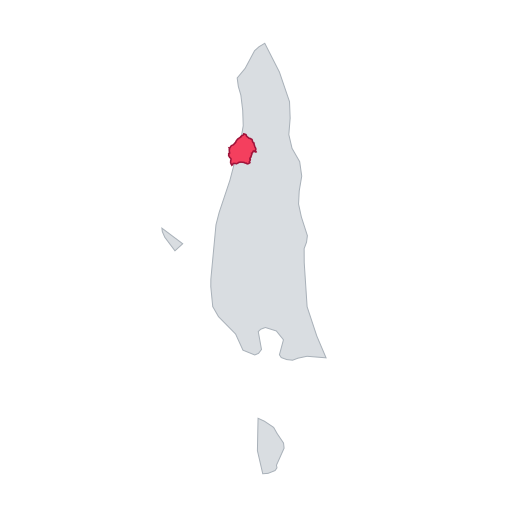 Baucau, Baucau, East Timor shown in context, rotated 288°
{"feature_id": "22284137B73846644477643", "entity_name": "Baucau", "entity_type": "district", "adm_level": 2, "iso_a3": "TLS", "parent_name": "East Timor", "parent_adm1": "Baucau", "projection": "robinson", "projection_center": [126.421, -8.508], "detail": "fine", "context": "in_parent", "style": "filled", "palette": "rose", "viewbox_px": 512, "rotation_deg": 288, "n_neighbors": 0, "source": "geoboundaries", "source_scale": "gbopen_adm2", "svg_char_len": 5120}
<svg xmlns="http://www.w3.org/2000/svg" viewBox="0 0 512 512"><g transform="rotate(288 256 256)"><path d="M180.8,354.1L176.4,335.5L171.8,327.5L168.2,323.0L167.0,317.3L167.2,311.4L169.3,308.8L184.8,308.0L191.0,298.5L190.9,287.0L187.8,283.1L184.8,281.5L168.8,290.1L164.2,288.5L161.5,285.4L162.4,272.7L175.5,260.7L186.7,239.1L194.5,230.5L212.8,222.5L220.1,220.2L273.3,208.3L286.0,207.5L319.7,207.8L364.7,205.2L375.9,203.6L390.3,198.4L404.3,191.9L411.8,186.8L419.5,183.1L431.1,187.7L450.8,191.2L456.1,194.3L461.0,198.6L438.2,221.4L413.1,240.2L397.6,245.9L381.6,249.7L369.5,257.0L359.2,268.4L346.1,274.8L331.2,277.0L318.6,280.4L307.1,287.1L291.2,298.6L284.7,299.8L277.9,299.5L264.6,303.9L223.5,320.3L198.6,338.6L180.8,354.1ZM51.0,329.7L71.3,317.5L102.3,308.1L101.5,315.0L98.4,325.8L93.7,330.9L86.6,340.0L81.9,342.1L63.4,340.1L61.0,341.4L57.8,340.4L53.0,334.6L51.0,329.7ZM253.4,157.9L245.0,182.5L235.9,177.3L245.6,163.5L250.2,159.4L253.4,157.9Z" fill="#d9dde1" stroke="#a8b0b8" stroke-width="1"/><path d="M368.4,206.7L368.2,206.8L368.1,206.7L367.7,206.8L367.5,206.7L367.3,206.6L366.8,206.2L366.7,206.1L366.6,205.8L366.3,205.7L366.0,205.3L365.7,205.1L365.2,204.8L364.9,204.5L364.7,204.6L364.6,204.8L364.4,204.6L364.5,204.6L364.1,204.5L364.0,204.4L363.8,204.3L363.6,204.1L363.4,203.8L363.2,203.7L362.9,203.4L362.7,203.3L362.1,202.9L361.9,202.8L361.8,202.7L361.7,202.6L361.6,202.4L361.4,202.4L361.0,202.2L360.4,202.0L360.2,201.9L359.9,201.8L358.8,201.5L358.6,201.5L358.0,201.5L357.7,201.4L357.4,201.2L357.2,201.2L357.2,201.3L356.8,201.1L356.7,200.9L356.4,200.9L356.1,200.7L355.8,200.5L355.7,200.4L355.4,200.4L355.2,200.4L354.3,199.6L353.9,199.1L353.6,198.8L353.4,198.6L353.2,198.4L352.3,198.1L352.2,198.1L351.8,198.0L351.6,198.0L351.5,197.9L351.3,197.9L351.0,197.6L350.8,197.6L350.6,197.4L350.4,197.3L350.4,197.2L350.3,197.3L350.3,197.2L350.1,197.3L349.8,197.6L349.3,197.6L349.2,197.6L348.8,197.7L348.6,197.8L348.2,197.9L348.0,198.1L347.7,198.2L347.4,198.3L347.2,198.3L347.0,198.5L346.8,198.6L346.3,198.7L346.2,198.7L346.2,198.9L346.1,199.0L345.8,199.2L345.6,199.1L345.4,199.0L345.3,198.9L345.2,198.7L344.9,198.4L344.6,198.4L344.5,198.5L344.4,198.7L344.2,198.8L343.8,198.8L343.6,198.8L343.3,198.9L343.2,198.9L343.0,199.2L342.9,199.2L342.9,199.3L342.7,199.4L342.6,199.5L342.2,199.9L342.2,200.0L341.9,200.3L341.7,200.4L341.7,200.5L341.4,201.0L341.1,201.7L340.7,202.2L340.3,202.4L340.2,202.4L339.4,202.4L339.2,202.5L338.8,202.6L338.7,202.5L337.5,202.8L337.1,202.9L336.7,203.1L336.3,203.5L335.7,203.9L335.6,204.0L335.4,204.4L335.2,204.6L334.8,205.0L335.0,205.1L335.3,205.2L335.5,205.3L335.6,205.5L335.8,205.4L335.8,205.6L336.3,205.6L336.5,205.7L337.0,205.8L337.1,206.2L337.3,206.6L337.4,207.0L337.5,207.2L337.5,207.4L337.6,207.7L337.6,207.8L337.6,208.3L337.6,208.8L337.7,209.0L337.9,209.1L338.2,209.4L338.3,209.6L338.8,210.0L339.1,210.3L339.2,210.5L339.4,210.5L339.6,210.6L340.0,211.0L340.0,211.4L340.1,211.7L340.3,211.8L340.5,212.2L340.5,212.5L340.7,213.0L341.0,214.2L341.0,214.5L341.2,214.9L341.2,215.5L341.3,215.6L341.1,215.9L341.1,216.0L341.2,216.3L341.1,216.5L341.0,217.2L341.3,217.8L341.3,218.0L341.3,218.3L341.1,218.5L340.9,218.8L341.0,219.0L341.0,219.6L341.1,219.8L341.5,220.2L341.6,220.3L342.2,220.9L342.4,221.1L342.6,221.2L342.9,221.4L343.0,221.3L343.3,220.7L343.6,220.5L343.9,220.6L344.1,220.7L344.5,220.7L344.8,220.8L345.0,220.9L345.5,220.8L345.6,220.7L345.8,220.8L346.0,220.7L346.3,220.7L346.4,220.4L346.4,220.2L346.6,220.2L346.8,220.0L347.0,220.0L347.3,220.2L347.7,220.1L347.8,220.1L348.0,220.2L348.2,220.4L348.3,220.5L348.4,220.4L348.5,220.4L348.8,220.4L348.9,220.5L349.0,220.6L349.4,220.6L349.6,220.5L350.0,220.4L350.2,220.5L350.4,220.5L350.9,220.6L351.1,220.7L351.3,220.6L351.5,220.5L351.7,220.3L351.8,220.2L352.0,220.3L352.2,220.2L352.2,220.3L352.4,220.5L352.6,220.5L352.7,220.4L352.9,220.5L353.0,220.6L353.2,220.8L353.5,220.8L353.8,220.8L354.0,221.0L354.3,220.9L354.5,221.0L354.5,220.9L354.8,220.9L354.9,221.0L355.0,221.0L355.2,221.3L355.3,221.5L355.2,221.7L355.1,221.9L355.1,222.0L355.3,222.4L355.3,222.5L355.2,222.8L355.0,223.0L354.8,222.9L354.7,223.0L354.8,223.6L354.9,223.8L355.0,223.9L355.1,224.0L355.2,223.9L355.3,223.6L355.5,223.5L355.9,223.1L356.0,223.0L356.2,222.8L356.3,222.7L357.0,222.9L357.5,222.9L357.8,222.8L357.9,222.7L358.3,222.4L358.7,222.0L359.0,221.9L359.1,221.6L359.2,221.4L359.3,221.3L359.6,221.1L360.1,220.8L360.5,220.4L360.9,220.3L361.1,220.1L361.2,219.9L361.6,219.7L361.9,219.5L362.0,219.5L362.1,219.3L362.3,219.2L362.6,219.0L362.8,219.1L362.9,218.7L362.9,218.3L363.0,218.1L363.7,217.6L363.8,217.3L364.2,217.0L364.5,216.9L364.9,216.8L365.0,216.7L365.3,216.5L365.3,216.4L365.6,216.0L365.7,215.8L365.7,215.7L365.7,215.4L365.8,215.4L365.8,215.2L365.8,214.8L365.8,214.7L366.0,214.5L366.0,214.4L366.0,214.2L366.0,213.9L365.9,213.8L365.9,213.6L365.9,213.3L365.8,213.0L365.8,212.9L366.1,212.5L366.1,212.4L366.4,211.8L366.4,211.5L366.7,210.9L366.7,210.6L366.8,210.4L366.9,210.2L367.0,210.1L367.2,209.8L367.4,209.7L367.6,209.7L367.9,209.3L368.0,209.2L368.3,209.1L368.4,208.9L368.4,208.5L368.3,208.4L368.4,207.9L368.5,207.6L368.4,206.7Z" fill="#f43f5e" stroke="#9f1239" stroke-width="1.5"/></g></svg>